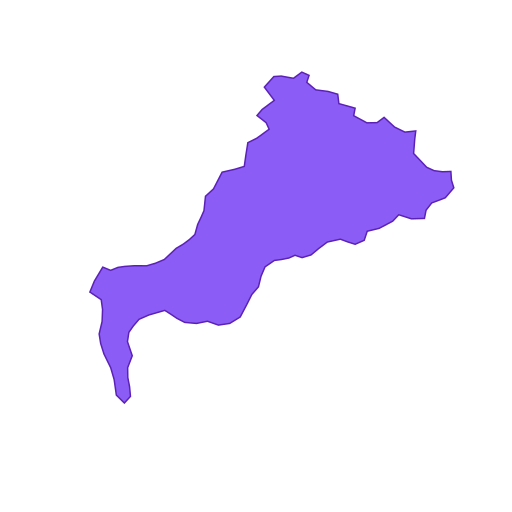 the district of Santa Amélia, Paraná, Brazil, rotated 128°
{"feature_id": "56859067B11032628031233", "entity_name": "Santa Amélia", "entity_type": "district", "adm_level": 2, "iso_a3": "BRA", "parent_name": "Brazil", "parent_adm1": "Paraná", "projection": "orthographic", "projection_center": [-50.399, -23.254], "detail": "fine", "context": "isolated", "style": "filled", "palette": "violet", "viewbox_px": 512, "rotation_deg": 128, "n_neighbors": 0, "source": "geoboundaries", "source_scale": "gbopen_adm2", "svg_char_len": 1501}
<svg xmlns="http://www.w3.org/2000/svg" viewBox="0 0 512 512"><g transform="rotate(128 256 256)"><path d="M452.9,269.2L443.9,268.5L436.8,275.2L430.7,282.2L423.0,288.4L410.8,292.1L402.6,304.6L394.4,309.2L386.7,309.6L377.9,309.2L368.4,304.1L355.0,294.4L354.3,287.2L353.8,279.9L352.2,271.3L345.8,261.4L337.3,254.1L333.6,243.1L325.3,235.2L313.8,230.9L300.4,233.3L288.9,235.6L278.8,235.1L268.8,239.6L259.0,242.2L248.2,238.8L243.2,233.9L237.4,228.9L231.4,225.7L228.9,218.7L221.3,213.3L211.5,211.2L201.1,208.4L190.8,199.9L188.5,192.6L185.7,185.1L177.0,180.4L168.0,183.6L158.4,176.0L144.3,169.7L135.6,168.9L131.0,156.4L122.7,146.4L115.2,150.2L106.0,150.2L93.6,142.7L80.5,142.1L75.9,148.7L69.4,154.5L74.8,160.9L79.1,168.2L81.0,176.1L78.2,194.9L65.8,203.1L59.1,207.1L66.7,214.9L69.1,226.2L67.9,240.4L76.4,242.7L82.8,250.6L85.3,265.4L78.5,268.9L84.9,284.5L78.2,291.2L82.0,300.6L88.3,311.2L87.9,322.9L81.0,325.4L82.9,333.1L92.9,335.9L98.7,346.9L103.6,352.4L117.8,353.4L122.1,337.4L136.8,341.4L144.7,341.7L144.7,330.1L148.0,323.7L162.7,327.9L171.7,332.2L183.6,325.6L192.6,320.4L200.7,326.1L210.8,334.3L229.3,330.8L240.0,332.6L252.3,324.9L259.0,323.2L267.0,321.4L276.7,317.4L284.0,318.6L291.4,320.6L299.0,323.6L315.2,326.1L323.5,330.7L331.1,336.2L338.6,345.9L345.1,353.1L350.0,357.8L356.8,361.7L359.1,369.9L375.3,367.9L386.7,364.7L385.7,351.1L392.6,344.0L402.3,337.0L414.0,331.6L420.6,324.5L426.8,315.5L433.5,301.7L440.7,291.7L451.6,280.4L452.9,269.2Z" fill="#8b5cf6" stroke="#5b21b6" stroke-width="1.5"/></g></svg>